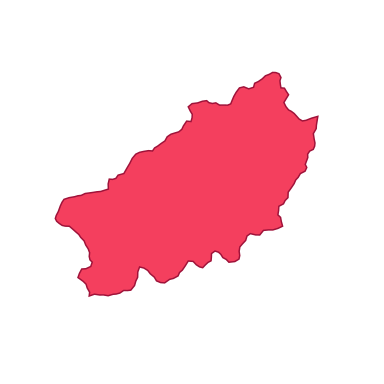 Guiricema, Minas Gerais, Brazil (Robinson projection), rotated 42°
{"feature_id": "56859067B41378341459748", "entity_name": "Guiricema", "entity_type": "district", "adm_level": 2, "iso_a3": "BRA", "parent_name": "Brazil", "parent_adm1": "Minas Gerais", "projection": "robinson", "projection_center": [-42.701, -21.017], "detail": "fine", "context": "isolated", "style": "filled", "palette": "rose", "viewbox_px": 384, "rotation_deg": 42, "n_neighbors": 0, "source": "geoboundaries", "source_scale": "gbopen_adm2", "svg_char_len": 2629}
<svg xmlns="http://www.w3.org/2000/svg" viewBox="0 0 384 384"><g transform="rotate(42 192 192)"><path d="M171.9,49.2L170.7,52.8L168.8,56.5L168.5,60.9L167.4,65.5L165.8,69.3L167.7,73.0L165.1,77.4L160.1,79.2L157.6,82.9L158.1,88.3L159.1,92.9L160.5,97.0L161.8,100.6L160.4,103.6L157.7,105.9L154.3,109.0L150.1,109.8L147.9,112.6L144.8,114.3L141.8,114.3L139.0,117.6L136.6,122.0L132.9,126.3L132.2,131.2L136.6,133.0L140.2,134.1L142.4,136.8L144.1,140.3L140.6,142.9L141.4,148.6L142.5,152.2L141.9,156.2L139.8,159.6L137.7,163.1L136.6,167.4L137.7,172.2L136.6,176.6L135.8,180.8L134.7,184.3L135.2,187.9L132.0,190.4L129.0,194.1L126.5,197.6L124.9,201.5L125.1,207.0L126.6,212.4L127.6,217.4L129.0,223.9L125.8,228.9L126.3,232.8L124.6,235.7L121.9,237.8L124.3,242.1L127.9,245.8L125.8,249.3L123.8,252.7L121.1,255.6L119.0,258.2L116.6,261.1L113.6,264.6L111.9,268.7L109.7,271.2L107.9,274.1L104.5,278.4L101.8,283.1L102.3,286.6L103.5,290.5L105.7,295.9L106.8,300.2L108.2,303.2L111.0,304.3L114.3,304.2L117.9,303.7L120.6,302.2L123.8,299.5L128.7,299.4L132.7,299.4L136.3,299.3L139.7,300.2L144.5,300.5L148.5,302.5L152.9,303.7L156.5,305.6L158.8,308.7L161.6,310.7L164.8,310.9L166.6,315.1L164.5,320.0L161.6,323.0L162.8,327.8L164.5,331.9L168.0,331.5L171.0,331.2L175.0,331.4L178.3,333.4L183.0,335.0L185.2,338.1L187.9,333.2L192.3,330.3L195.1,327.7L199.1,325.2L201.8,320.8L203.9,318.6L206.0,315.4L207.1,310.9L209.9,308.5L212.2,305.9L211.9,300.0L209.8,295.7L208.7,291.8L205.2,287.7L203.2,282.8L207.1,280.7L211.6,279.9L215.7,280.7L221.0,280.5L225.1,281.8L229.3,280.3L232.5,277.8L233.8,271.9L236.0,268.7L237.8,263.7L236.6,260.2L237.1,256.5L236.4,251.4L235.4,245.8L239.3,242.8L243.9,243.2L247.7,242.6L250.6,241.1L250.7,237.3L251.0,233.6L252.2,230.4L250.2,227.7L247.7,224.7L248.6,220.5L252.0,219.0L255.0,219.0L258.8,220.1L262.6,219.2L266.4,219.5L270.4,215.0L271.8,210.4L270.0,207.3L266.7,204.5L264.3,200.8L264.2,196.8L264.3,192.1L262.3,187.9L263.2,183.9L268.0,181.3L271.1,178.6L270.8,172.7L274.2,169.0L277.5,166.0L280.2,161.6L282.2,156.8L278.0,154.1L274.8,151.6L271.1,151.5L268.8,147.9L266.1,144.5L267.9,139.6L266.9,136.0L267.1,132.0L263.6,127.8L263.0,122.4L262.3,117.5L261.0,113.6L261.1,110.1L260.2,105.8L262.1,100.9L260.9,97.0L257.7,95.7L256.3,92.2L255.0,88.9L252.6,86.5L252.1,82.8L253.6,79.2L252.5,75.9L250.6,73.3L247.2,70.8L243.1,67.4L241.9,61.8L239.8,59.2L237.4,55.5L234.9,51.6L231.4,57.2L228.8,62.4L226.5,65.3L222.8,66.1L219.3,65.7L215.4,65.3L211.9,65.6L208.8,66.4L204.6,65.7L200.4,64.0L199.5,59.4L198.7,55.1L195.1,54.2L191.2,53.0L188.4,55.1L185.4,52.7L182.9,50.5L181.5,47.4L177.5,45.9L174.3,47.2L171.9,49.2Z" fill="#f43f5e" stroke="#9f1239" stroke-width="1.5"/></g></svg>